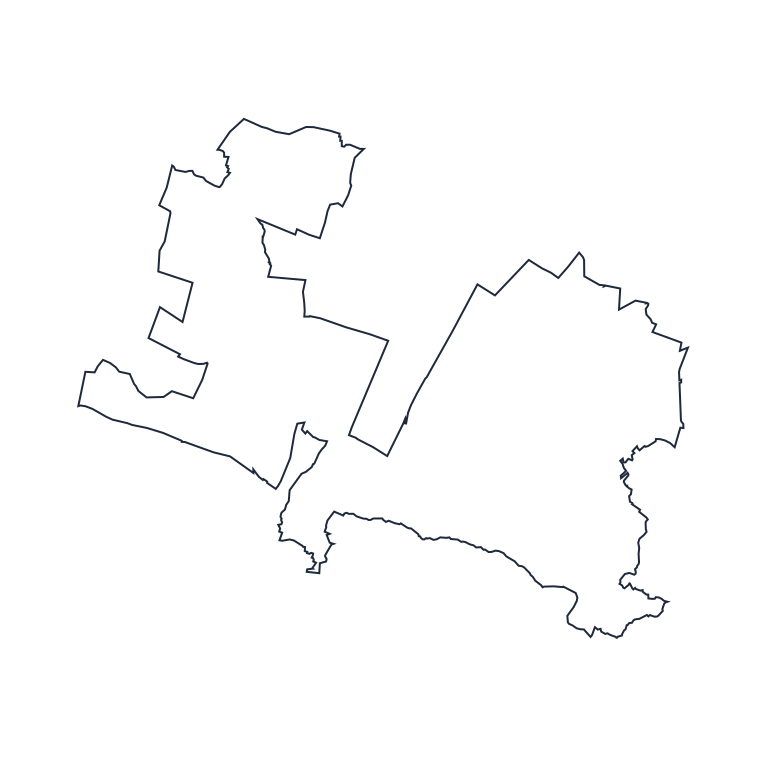 Axapusco, México, Mexico, rotated 353°
{"feature_id": "50627088B66488502331387", "entity_name": "Axapusco", "entity_type": "district", "adm_level": 2, "iso_a3": "MEX", "parent_name": "Mexico", "parent_adm1": "México", "projection": "mercator", "projection_center": [-98.73, 19.766], "detail": "fine", "context": "isolated", "style": "outline", "palette": "slate", "viewbox_px": 768, "rotation_deg": 353, "n_neighbors": 0, "source": "geoboundaries", "source_scale": "gbopen_adm2", "svg_char_len": 6160}
<svg xmlns="http://www.w3.org/2000/svg" viewBox="0 0 768 768"><g transform="rotate(353 384 384)"><path d="M593.7,277.4L581.1,290.0L569.9,300.0L563.3,293.9L555.0,288.5L542.8,278.5L504.9,309.6L488.9,296.5L458.8,339.4L427.1,382.6L425.5,383.8L415.6,397.3L408.2,408.3L404.4,415.4L401.1,425.9L400.1,425.6L401.3,421.9L401.1,420.5L398.4,425.4L378.4,455.9L365.5,445.4L351.1,435.6L349.4,433.9L343.0,430.5L346.6,423.3L393.4,341.6L376.0,332.9L353.5,323.2L328.8,311.0L318.7,307.6L318.4,308.0L313.1,307.4L314.2,301.7L314.7,294.2L314.8,282.5L318.7,271.3L282.1,263.5L286.4,252.8L285.1,250.9L285.8,250.2L284.5,249.0L285.2,248.5L284.9,245.2L281.9,238.6L282.5,236.3L281.8,231.6L280.6,229.1L281.5,223.3L281.8,223.5L284.1,218.4L284.2,216.5L283.1,214.5L282.7,211.3L280.8,209.3L278.5,204.9L314.1,224.9L316.5,219.8L327.8,226.7L338.1,231.5L345.2,216.3L349.0,205.6L352.4,199.4L360.4,199.0L364.4,202.7L371.4,192.3L375.7,183.0L375.0,180.8L375.1,179.2L376.7,171.5L382.5,155.9L392.6,148.2L388.8,147.7L379.5,142.4L375.6,141.9L373.4,143.6L371.1,142.8L371.7,137.5L370.2,137.3L371.0,133.2L369.6,133.0L370.4,130.1L361.3,126.0L345.5,120.5L338.0,119.4L320.3,124.5L307.1,120.4L298.9,115.8L294.1,114.0L277.3,103.8L261.8,114.9L247.3,131.2L249.5,131.6L252.5,133.2L253.5,135.0L253.0,138.9L257.3,139.7L253.8,147.8L255.7,148.7L254.7,149.8L256.1,151.6L254.4,154.6L256.8,155.6L254.7,157.9L250.9,160.6L247.7,165.9L245.3,168.2L244.5,168.6L240.0,166.5L232.2,160.9L229.9,157.1L222.9,154.4L221.0,152.8L219.8,149.1L216.8,148.8L212.7,149.3L204.1,146.5L203.0,146.1L201.9,142.8L200.4,141.3L192.3,162.5L182.7,179.2L192.8,186.5L192.9,188.4L183.7,215.8L177.5,224.3L173.7,244.8L206.3,260.2L191.6,297.9L171.0,280.4L155.9,309.7L185.1,329.6L183.0,331.7L188.4,335.0L198.1,340.0L202.0,341.5L207.3,342.0L210.9,341.3L211.4,342.2L204.1,357.7L192.9,374.9L172.6,365.3L163.6,370.0L146.7,368.4L139.4,361.0L137.4,355.6L136.0,353.6L132.9,343.1L122.7,339.5L119.9,334.8L114.7,329.8L108.0,325.8L102.0,331.6L98.2,337.2L89.1,335.5L77.9,368.7L80.0,368.3L85.0,369.7L91.6,373.2L104.2,382.6L110.2,386.3L124.5,391.6L129.2,394.0L143.5,398.8L158.7,405.6L176.3,415.7L176.2,416.8L179.3,417.3L206.4,431.0L222.4,437.1L243.5,456.4L243.9,452.8L248.5,460.9L252.1,464.5L252.8,463.7L255.7,466.2L256.2,466.7L256.0,468.0L263.8,474.9L266.3,472.4L269.7,467.9L281.9,446.1L288.9,422.8L293.1,412.8L300.3,412.5L296.9,419.3L299.9,423.6L302.0,421.4L307.4,428.2L308.4,428.3L313.1,431.7L320.5,433.9L318.2,438.0L314.0,441.6L310.9,445.0L305.5,453.9L304.4,455.0L303.8,454.9L302.1,457.7L295.7,461.7L291.1,463.1L277.4,477.9L275.2,488.6L272.1,492.2L270.5,496.4L266.6,499.2L265.8,500.9L265.1,503.3L266.0,505.2L265.3,506.4L266.0,508.9L265.1,510.7L261.9,510.9L263.3,514.7L262.0,517.7L264.8,519.2L261.2,526.4L263.9,527.2L271.5,526.8L275.6,528.4L283.4,534.8L283.8,535.7L285.7,536.2L285.0,540.2L287.4,541.3L287.0,542.4L289.3,543.5L291.0,542.7L293.0,543.6L292.3,545.8L291.1,547.5L292.4,548.1L292.9,550.1L292.1,551.5L294.8,553.1L290.2,558.3L290.6,558.6L285.2,558.6L284.4,561.0L296.7,563.9L298.5,554.1L304.9,553.1L305.7,550.7L304.5,547.6L304.8,546.7L312.2,537.0L314.4,536.5L310.8,534.9L308.7,526.9L311.8,526.1L307.1,523.3L309.2,519.2L309.3,517.1L311.3,512.5L319.0,504.6L327.5,509.6L329.0,507.7L331.2,507.3L333.3,508.6L337.8,509.1L340.7,512.1L347.1,515.1L350.0,515.6L352.2,517.1L354.2,517.3L356.4,516.3L358.3,516.3L366.0,517.3L366.6,518.7L369.1,521.1L372.0,520.3L377.6,523.4L381.4,524.8L382.3,525.1L383.7,524.4L389.4,529.3L391.2,530.3L393.2,530.6L399.8,537.3L399.9,539.2L401.3,539.7L401.9,541.3L403.5,542.9L405.1,543.2L407.0,542.1L408.0,542.7L410.6,542.5L414.1,544.7L417.1,544.6L421.2,543.1L427.2,544.3L430.2,544.2L431.5,546.0L438.2,547.4L441.4,550.1L442.5,549.9L445.5,550.8L449.6,553.6L453.3,555.1L455.6,557.5L460.3,557.7L462.6,560.7L464.1,560.6L467.3,563.5L470.3,563.8L474.3,563.0L477.6,563.8L482.0,566.4L484.4,570.0L492.1,575.9L495.5,580.8L498.8,581.7L500.8,583.2L505.7,589.6L506.3,591.5L508.1,593.4L510.2,597.7L515.5,602.9L516.6,605.1L518.1,604.6L527.7,605.5L536.7,607.4L537.3,607.0L548.8,614.8L549.9,619.5L548.9,622.8L545.1,628.5L537.7,636.5L537.5,643.0L538.4,644.6L541.7,646.6L545.5,650.0L549.5,651.5L552.4,651.9L558.2,660.2L559.9,658.5L563.7,651.1L566.3,653.8L569.1,653.4L569.4,656.2L573.1,659.0L575.4,658.7L577.9,660.6L582.9,663.1L583.8,664.2L584.6,664.1L585.2,663.3L589.5,662.6L589.8,661.4L592.2,657.9L593.8,657.0L595.5,653.0L596.5,652.9L598.1,651.2L601.0,651.2L602.9,648.9L604.5,648.2L608.9,648.2L616.8,645.3L618.1,646.9L619.7,645.7L623.8,647.8L626.6,648.1L628.1,647.4L633.1,643.1L632.8,641.4L635.4,636.1L636.9,635.1L638.8,634.7L635.4,633.3L633.4,631.1L630.6,629.3L627.8,628.7L626.7,630.1L624.8,630.1L620.3,629.1L620.6,625.2L618.6,624.9L615.3,621.5L615.6,620.1L613.5,620.3L611.3,619.4L609.0,618.0L608.4,617.0L606.5,618.3L605.5,617.0L603.8,612.1L603.3,611.8L602.6,613.0L597.8,616.1L596.8,615.5L595.7,612.8L593.4,611.1L594.4,609.9L594.7,607.0L599.9,602.0L604.4,601.4L609.2,603.8L610.6,602.9L611.0,601.4L610.6,598.4L612.6,596.9L613.3,595.2L614.8,593.7L615.4,592.1L616.0,583.6L617.3,577.9L617.0,572.4L618.7,568.8L623.4,565.7L626.6,562.7L626.2,559.8L626.7,553.8L627.2,552.4L629.3,550.6L628.1,548.4L621.7,542.0L622.8,540.0L615.8,533.8L616.3,533.6L615.8,532.3L613.8,530.8L613.6,525.2L615.7,523.4L616.9,518.9L614.6,517.4L612.9,515.6L613.0,514.8L612.4,514.9L612.4,514.4L611.4,513.8L610.1,510.4L610.4,509.2L615.3,504.6L615.6,503.6L615.0,501.9L607.8,506.4L607.8,503.9L613.7,499.8L611.8,496.4L611.1,492.4L609.1,489.0L611.9,487.2L612.1,490.4L613.0,491.1L614.2,491.2L617.4,488.0L620.9,490.0L621.6,489.0L621.2,484.9L624.1,483.1L622.5,480.9L627.5,476.6L628.1,478.8L629.6,481.0L634.7,477.5L635.2,477.3L635.9,478.2L638.5,477.8L646.6,474.0L647.3,471.7L651.6,472.5L656.1,474.3L660.8,477.5L664.8,482.2L672.8,463.5L675.8,464.2L676.2,460.1L674.6,457.7L674.3,456.2L677.4,419.1L679.1,418.7L679.5,416.0L677.6,416.4L678.3,408.1L679.2,405.3L690.1,384.9L681.7,387.1L684.3,379.2L656.8,365.1L661.4,358.0L657.6,355.9L656.5,352.2L652.9,347.1L652.9,341.5L655.5,338.5L656.2,336.7L655.5,335.9L653.8,335.9L654.1,335.3L643.8,331.9L626.3,338.8L630.1,318.0L616.2,313.4L614.3,313.9L614.9,313.0L609.9,311.9L595.9,301.5L597.7,285.3L596.9,282.3L593.7,277.4Z" fill="none" stroke="#1e293b" stroke-width="2"/></g></svg>